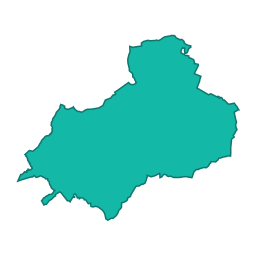 Valea Danului, Arges, Romania, rotated 269°
{"feature_id": "2599482B29743473178057", "entity_name": "Valea Danului", "entity_type": "district", "adm_level": 2, "iso_a3": "ROU", "parent_name": "Romania", "parent_adm1": "Arges", "projection": "natural_earth1", "projection_center": [24.617, 45.19], "detail": "fine", "context": "isolated", "style": "filled", "palette": "teal", "viewbox_px": 256, "rotation_deg": 269, "n_neighbors": 0, "source": "geoboundaries", "source_scale": "gbopen_adm2", "svg_char_len": 5546}
<svg xmlns="http://www.w3.org/2000/svg" viewBox="0 0 256 256"><g transform="rotate(269 128 128)"><path d="M215.1,157.0L214.8,152.6L215.3,149.2L214.2,145.0L212.7,142.9L211.9,142.9L209.8,142.9L209.6,141.6L209.3,139.3L208.9,136.4L208.7,134.8L208.4,134.5L208.8,133.4L209.2,132.3L209.6,131.2L206.0,131.3L203.8,131.3L201.7,130.3L196.8,129.0L192.9,129.1L187.1,130.4L185.2,130.3L182.4,133.4L181.5,133.7L181.1,133.7L180.3,133.7L178.8,133.8L178.2,134.5L177.8,135.0L173.0,137.0L171.5,134.9L171.4,134.4L171.3,133.1L171.7,130.8L173.5,129.4L166.0,118.5L164.0,115.3L162.3,116.2L161.6,115.9L161.2,113.5L158.3,111.3L156.4,105.9L150.9,103.3L148.6,99.2L147.5,92.4L147.4,88.5L147.4,87.5L147.0,86.7L146.7,85.5L146.1,84.8L145.0,83.1L144.6,81.4L145.4,79.7L145.4,78.1L146.0,77.3L146.5,76.5L147.3,75.5L148.2,75.0L149.5,74.0L150.1,73.7L149.2,73.0L149.1,72.2L148.8,71.4L147.7,68.8L148.0,68.2L147.7,67.3L147.8,67.0L148.6,65.7L149.1,65.1L150.0,65.0L150.9,65.0L151.8,63.5L152.2,62.8L152.4,61.7L152.7,61.2L151.6,60.7L150.9,60.5L150.2,60.3L149.8,60.3L149.4,60.3L147.8,59.5L147.4,59.0L145.0,56.7L143.2,56.0L141.8,55.3L141.0,54.9L140.9,54.6L140.4,54.5L139.7,53.9L139.1,53.2L138.5,53.0L136.5,52.5L135.5,52.1L135.0,51.4L134.2,51.6L133.3,51.4L132.4,51.1L131.6,51.4L131.0,51.9L130.0,52.4L129.1,52.4L128.3,51.9L127.7,52.2L126.8,52.0L126.1,52.3L125.6,52.3L125.2,51.5L124.8,51.2L124.5,51.0L124.1,51.0L123.8,51.3L123.4,50.9L123.0,50.5L123.2,50.1L123.3,49.9L122.6,49.3L121.9,48.9L121.7,48.6L121.7,48.1L121.6,46.8L121.6,46.5L121.3,45.7L120.7,45.0L120.6,44.7L119.9,44.1L119.4,43.9L118.9,43.4L118.6,42.8L117.9,42.2L117.6,41.9L117.3,41.7L116.4,41.1L116.0,40.9L115.5,40.9L115.2,40.7L114.9,40.5L114.2,39.8L110.8,37.9L106.4,32.5L107.2,28.9L103.2,24.5L102.8,25.0L102.4,25.5L102.2,25.3L101.9,25.4L101.6,25.4L101.0,26.1L100.4,26.5L98.2,27.3L98.2,27.1L97.7,27.2L97.2,27.3L96.3,28.1L95.8,28.0L95.2,29.0L95.0,28.9L94.4,28.8L94.0,29.3L93.7,29.1L93.4,29.5L93.0,29.5L92.2,30.0L91.6,30.0L90.5,31.3L90.0,31.1L89.8,31.2L89.1,31.5L88.5,30.5L88.2,30.5L87.7,29.6L87.4,28.4L88.1,28.3L88.3,28.1L88.5,28.0L88.4,27.8L88.5,27.3L88.0,27.2L87.5,26.7L87.1,26.3L87.1,26.0L86.8,26.0L86.2,26.3L85.8,26.3L85.4,25.7L85.6,24.8L85.9,24.8L86.0,23.8L84.9,22.9L84.1,22.3L83.8,21.6L83.3,20.7L83.3,19.8L82.7,19.6L76.8,16.9L77.9,20.2L79.4,25.3L80.3,28.5L80.9,32.1L82.1,33.4L80.2,35.3L80.9,38.0L81.8,39.6L80.4,42.3L79.6,43.9L78.5,44.9L78.7,46.8L76.9,46.9L76.1,47.8L75.1,48.4L73.9,48.4L72.4,49.0L71.2,49.7L69.7,50.2L69.1,50.7L67.0,53.1L66.9,53.7L64.4,51.7L63.0,50.4L62.9,47.9L61.9,46.6L61.3,45.1L60.0,43.6L59.5,42.4L57.9,41.4L56.8,40.3L54.1,41.8L52.5,42.5L53.1,44.0L53.2,45.1L54.8,46.4L57.0,48.3L57.9,50.2L60.2,52.4L61.5,54.5L62.8,54.2L65.3,58.6L64.6,59.9L56.3,66.1L56.2,67.9L55.2,68.8L58.2,70.6L58.9,71.1L59.5,71.4L59.8,72.2L59.5,73.0L59.6,73.4L60.1,73.4L60.7,72.8L61.4,72.4L62.1,72.4L62.7,72.9L63.0,73.8L62.2,74.7L61.3,75.1L60.3,75.6L59.7,75.9L59.0,76.2L59.0,76.7L59.1,76.9L59.2,77.2L59.2,77.5L59.3,77.7L58.1,78.1L59.2,79.7L58.4,82.4L56.9,83.0L56.9,84.5L53.0,87.0L53.4,89.3L51.9,89.3L50.2,89.6L49.7,91.3L49.9,93.1L50.4,94.0L50.0,94.9L49.7,96.6L46.2,101.1L43.9,102.7L41.2,103.6L37.5,104.3L36.2,106.3L38.1,109.7L38.0,111.5L40.2,114.3L42.4,116.0L44.6,117.0L46.2,117.6L47.3,119.1L48.8,120.1L53.3,120.3L53.7,122.3L54.8,124.6L55.4,125.6L56.5,126.2L58.2,126.6L59.1,128.6L59.6,129.3L61.3,129.8L69.3,134.8L69.6,135.0L69.8,136.2L69.8,138.1L71.5,140.5L71.6,140.8L71.4,141.6L71.5,142.0L72.5,144.0L74.7,145.0L76.6,145.6L79.1,146.4L80.4,146.3L80.1,147.1L79.1,149.5L78.8,150.3L79.6,153.4L80.3,155.2L81.3,157.0L82.1,158.8L80.0,159.1L77.8,159.1L78.1,160.2L78.5,160.5L78.8,161.2L79.5,161.7L80.4,162.4L80.7,162.7L81.1,163.6L80.2,165.8L79.7,166.1L79.3,166.4L79.1,166.9L78.8,167.5L78.9,168.1L79.1,169.6L78.6,170.9L78.2,171.8L77.7,172.9L77.7,174.7L77.6,176.2L77.7,178.4L77.8,180.2L78.2,181.9L78.4,185.4L77.9,187.5L77.5,189.8L77.2,190.6L77.3,191.1L78.2,191.5L79.4,191.8L80.7,192.3L82.4,193.0L83.4,193.4L85.3,195.7L85.3,197.9L85.8,198.1L87.2,203.1L86.9,205.6L87.5,206.4L88.2,207.2L88.4,207.6L88.8,207.9L89.4,208.3L90.3,208.6L90.8,208.9L91.1,209.4L91.4,210.0L92.0,210.0L92.8,210.2L92.8,212.1L92.8,213.3L92.6,214.5L92.6,215.1L93.4,216.0L94.1,216.9L94.5,217.3L95.9,218.1L96.2,218.6L96.7,221.2L97.4,222.8L97.5,224.1L97.8,225.8L98.2,226.8L98.4,228.2L98.1,230.0L100.9,230.3L103.9,230.3L107.0,230.4L110.8,230.9L115.0,231.3L117.1,234.0L119.0,233.1L120.2,234.2L121.7,235.2L122.2,235.2L124.3,236.8L125.0,236.9L125.5,236.3L129.1,235.6L130.8,236.2L132.1,236.6L134.6,235.8L142.0,234.4L142.6,235.7L143.4,237.1L144.2,238.3L144.2,239.1L145.8,238.1L147.2,237.5L149.0,236.0L151.0,234.7L150.4,231.9L150.1,230.1L150.2,228.6L154.3,224.8L154.3,223.5L156.3,222.6L156.8,221.9L156.9,220.9L156.2,220.6L156.2,219.8L157.0,218.7L157.7,219.4L158.1,218.6L157.7,216.8L158.4,215.9L160.8,211.3L159.8,209.2L166.8,197.6L173.6,200.4L175.4,200.7L178.4,201.8L181.2,195.2L189.6,199.6L190.5,199.2L191.2,195.6L192.5,195.6L195.1,194.9L196.7,191.9L197.1,190.3L198.0,190.1L199.0,190.0L199.3,188.9L199.5,188.1L199.4,187.1L199.5,186.7L201.0,184.9L201.1,184.2L202.3,182.3L204.0,182.4L205.8,182.9L207.4,184.1L206.9,184.5L206.9,186.1L204.7,185.8L202.2,186.1L201.7,186.3L201.7,187.3L202.2,188.3L202.9,188.8L206.3,190.1L207.7,192.2L209.0,192.2L209.6,189.6L210.5,187.7L211.7,185.9L213.6,185.5L215.0,184.2L215.7,182.8L215.2,181.6L216.0,180.4L216.4,179.4L216.9,178.7L217.2,177.8L219.5,176.3L219.7,174.0L219.8,173.0L219.3,172.0L219.1,169.8L218.4,166.1L217.6,164.7L215.8,162.1L215.3,161.0L214.8,160.4L214.8,159.8L215.1,159.0L215.4,158.3L215.1,157.0Z" fill="#14b8a6" stroke="#0f766e" stroke-width="1.5"/></g></svg>